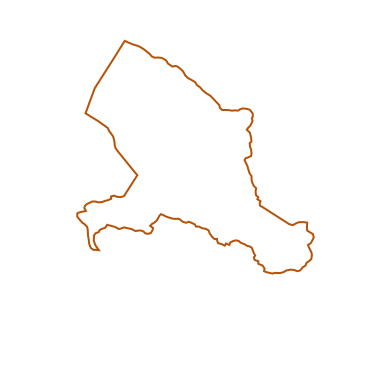 Rio Claro, São Paulo, Brazil (Equal Earth projection), rotated 301°
{"feature_id": "56859067B34756942449847", "entity_name": "Rio Claro", "entity_type": "district", "adm_level": 2, "iso_a3": "BRA", "parent_name": "Brazil", "parent_adm1": "São Paulo", "projection": "equal_earth", "projection_center": [-47.607, -22.398], "detail": "fine", "context": "isolated", "style": "outline", "palette": "amber", "viewbox_px": 384, "rotation_deg": 301, "n_neighbors": 0, "source": "geoboundaries", "source_scale": "gbopen_adm2", "svg_char_len": 3096}
<svg xmlns="http://www.w3.org/2000/svg" viewBox="0 0 384 384"><g transform="rotate(301 192 192)"><path d="M286.9,56.5L264.5,56.1L231.0,55.2L224.5,56.4L204.6,60.2L204.5,67.1L204.4,75.9L203.5,86.7L201.4,89.9L200.5,92.4L198.9,95.9L196.5,98.4L194.5,100.1L192.1,101.8L190.3,103.8L188.4,108.2L179.7,132.2L178.3,136.5L153.5,135.8L150.9,133.6L149.3,130.3L148.7,127.0L146.5,124.9L144.5,126.2L141.5,124.0L139.4,121.8L137.4,120.4L135.0,117.3L134.2,114.4L132.4,111.3L129.4,109.4L127.4,108.0L124.9,107.4L122.8,108.0L121.1,110.8L119.5,109.1L116.9,106.3L114.6,104.7L111.8,106.3L110.6,109.5L109.2,113.8L109.1,116.4L108.1,120.1L106.0,122.0L102.9,124.1L101.0,125.4L98.0,128.0L94.6,130.6L91.8,134.3L91.7,137.6L93.2,139.8L94.2,142.1L96.3,137.2L97.8,135.1L99.9,132.7L102.3,131.5L104.1,130.4L107.0,130.6L109.5,132.6L112.1,132.5L114.6,134.3L116.8,136.1L120.2,136.2L121.2,139.7L122.4,143.9L122.6,148.3L124.3,150.2L126.6,151.8L127.9,155.7L129.1,159.2L129.4,163.5L132.5,167.5L133.2,170.7L132.5,173.5L133.6,176.0L135.9,177.9L139.2,177.8L141.1,177.1L141.4,173.6L144.1,174.2L146.4,175.5L149.4,176.5L152.1,176.4L155.1,176.3L157.0,176.8L157.4,179.4L157.6,182.6L158.4,186.1L159.3,189.5L160.6,191.9L162.3,194.5L161.8,199.6L162.5,202.7L164.9,204.7L165.4,208.2L165.7,211.1L164.4,213.1L165.9,215.6L166.2,219.4L167.6,222.9L167.6,226.0L165.7,228.4L163.9,232.3L163.3,235.7L164.7,237.5L163.1,238.8L161.6,240.6L162.6,244.3L162.9,247.7L165.4,247.7L165.9,251.3L168.4,250.8L170.8,252.2L173.1,254.4L174.1,257.2L173.6,259.8L174.3,263.9L174.2,266.9L175.0,269.2L175.0,272.0L173.1,274.4L171.7,276.1L170.1,278.9L167.8,278.7L166.0,280.8L166.9,284.4L164.6,285.8L165.3,290.4L163.7,293.7L161.3,294.5L161.6,297.0L162.6,300.2L163.6,303.1L165.2,304.4L167.7,309.0L170.1,311.5L173.3,313.3L176.1,316.3L177.6,319.4L178.5,323.3L180.3,325.0L182.2,325.4L184.6,325.7L187.3,327.2L190.1,326.6L193.6,328.1L195.8,328.8L199.1,327.6L201.4,325.9L204.9,320.6L206.3,318.7L209.2,320.1L212.0,320.1L215.9,319.7L218.2,317.4L218.2,313.3L218.3,310.5L220.9,308.7L225.1,306.5L223.6,303.1L222.3,300.9L221.0,299.0L219.1,297.6L215.4,295.4L214.5,291.6L214.6,288.9L215.4,260.4L215.3,257.3L217.0,255.9L219.4,255.5L219.4,251.8L221.6,251.6L222.2,248.6L225.0,246.3L228.3,245.0L229.1,241.8L231.1,238.8L233.0,236.9L236.2,234.9L237.7,231.7L240.6,228.4L242.5,226.5L244.8,223.2L246.4,220.6L248.6,220.6L250.2,222.0L253.2,224.1L256.1,223.0L258.5,221.0L261.0,218.2L263.6,216.3L265.8,217.0L268.7,214.9L270.3,213.4L272.7,211.0L273.6,206.9L276.1,207.1L278.8,207.8L282.0,207.6L284.2,207.3L286.1,205.3L288.0,205.3L290.6,203.6L292.3,199.1L291.2,195.4L289.7,192.4L287.7,190.6L285.4,189.5L284.3,187.1L282.2,184.2L281.3,181.7L279.9,179.1L277.8,175.5L278.5,172.6L280.4,170.8L281.3,167.9L282.1,165.0L284.0,157.9L284.0,153.0L284.8,148.2L286.0,144.7L286.1,141.3L287.8,138.1L287.8,133.9L287.6,130.2L288.4,126.2L289.7,124.2L290.9,121.9L291.5,119.4L292.0,116.1L291.8,113.2L289.4,110.6L289.7,105.3L291.5,102.0L291.4,97.3L290.4,94.8L289.2,92.7L287.8,90.6L287.5,87.7L288.4,85.1L289.1,80.9L289.6,76.6L289.5,70.9L288.8,68.1L288.0,65.0L287.3,60.1L286.9,56.5Z" fill="none" stroke="#b45309" stroke-width="2"/></g></svg>